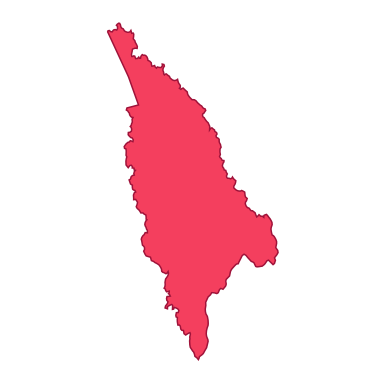 Colinas do Sul, Goiás, Brazil (Equal Earth projection), rotated 181°
{"feature_id": "56859067B84500730879893", "entity_name": "Colinas do Sul", "entity_type": "district", "adm_level": 2, "iso_a3": "BRA", "parent_name": "Brazil", "parent_adm1": "Goiás", "projection": "equal_earth", "projection_center": [-48.067, -13.991], "detail": "fine", "context": "isolated", "style": "filled", "palette": "rose", "viewbox_px": 384, "rotation_deg": 181, "n_neighbors": 0, "source": "geoboundaries", "source_scale": "gbopen_adm2", "svg_char_len": 5840}
<svg xmlns="http://www.w3.org/2000/svg" viewBox="0 0 384 384"><g transform="rotate(181 192 192)"><path d="M258.5,274.9L259.1,272.8L257.6,271.9L256.9,270.7L256.0,269.7L255.7,268.1L254.6,266.4L253.6,265.7L252.3,265.5L253.2,263.7L252.9,260.8L253.6,259.2L253.9,257.7L254.9,256.4L254.0,255.6L253.4,253.8L253.7,251.7L255.0,250.7L256.7,250.4L256.8,248.1L255.6,246.7L254.1,245.3L253.0,245.2L252.3,244.2L251.6,243.2L252.0,241.3L253.3,241.9L254.6,242.2L255.4,241.0L257.0,240.5L258.8,238.9L260.6,236.2L260.2,234.4L258.9,234.1L258.5,232.2L258.5,229.3L258.6,227.6L257.8,226.0L258.3,224.0L258.6,221.7L258.4,217.9L256.2,215.2L254.6,217.4L253.2,217.7L252.0,216.3L252.2,215.0L250.4,214.8L250.2,213.0L249.0,212.7L250.0,211.4L250.5,209.3L250.0,207.9L251.9,207.4L253.1,206.2L253.8,203.7L255.1,203.0L253.6,198.9L251.7,197.7L251.8,196.0L251.4,193.8L250.5,193.0L249.1,192.6L248.3,191.0L249.5,190.5L250.5,187.9L250.2,184.6L250.2,183.3L248.2,183.6L246.3,180.9L246.6,178.8L247.5,176.3L246.5,174.6L244.7,173.1L243.6,171.6L242.8,170.2L240.7,170.2L239.4,169.0L237.7,168.2L237.4,165.9L237.4,164.0L236.6,163.4L237.6,162.3L238.3,160.6L238.6,158.8L238.2,157.3L237.3,155.8L236.8,154.0L236.0,153.0L235.9,150.4L238.1,150.6L239.1,148.5L240.2,147.6L241.4,145.7L241.9,143.9L241.4,142.2L240.6,138.0L239.5,137.1L238.6,135.9L238.4,133.8L239.3,132.0L238.7,130.7L237.8,128.9L236.7,127.3L235.1,126.8L232.4,126.1L231.4,122.7L229.2,121.9L227.8,120.8L226.1,120.0L223.9,118.7L222.5,116.9L221.2,114.5L220.9,112.2L219.8,111.2L218.4,110.8L216.6,109.8L215.5,110.5L214.5,112.1L214.1,110.6L214.3,109.2L214.8,107.6L216.9,104.5L217.4,101.2L217.2,99.0L217.4,97.0L218.2,95.3L216.9,94.4L216.6,92.9L215.5,91.7L213.0,92.5L213.0,91.1L213.8,89.9L212.8,89.3L211.9,87.5L215.2,87.0L215.6,85.1L215.3,83.3L214.1,81.8L214.6,80.2L216.5,77.5L216.9,75.6L214.5,74.8L214.4,77.1L211.9,78.5L210.3,79.2L209.4,78.2L209.5,74.3L208.3,74.6L207.8,76.3L206.0,75.8L204.3,75.0L203.1,73.4L203.6,71.3L205.5,71.1L206.0,68.5L205.7,66.8L204.4,66.3L204.5,63.9L204.4,62.0L203.8,58.7L202.2,58.7L201.4,57.7L200.8,54.7L199.7,53.5L198.1,53.4L197.5,50.2L195.8,48.9L193.1,50.7L191.6,51.3L191.1,50.1L191.7,46.9L191.5,45.2L191.8,43.1L191.5,39.2L191.0,36.6L188.6,33.1L187.5,31.9L186.7,29.8L186.2,27.7L184.2,26.3L182.7,24.5L182.0,26.1L181.7,27.5L179.1,29.5L177.9,30.7L176.4,33.6L174.7,36.6L173.3,42.9L173.5,44.5L174.9,47.9L175.3,50.5L175.1,53.6L174.5,56.3L173.6,59.0L173.5,61.0L173.7,64.0L174.2,66.6L174.5,67.9L176.0,70.5L176.5,72.7L176.7,75.2L176.2,78.8L176.4,82.0L174.1,87.3L171.7,89.6L170.6,91.7L168.0,91.6L165.4,90.9L164.0,91.8L162.8,94.9L161.5,96.1L159.3,95.3L157.3,97.8L156.6,98.8L156.2,100.6L156.7,103.6L156.2,105.3L153.0,108.7L152.2,112.9L151.8,114.1L150.7,115.9L149.5,117.3L148.2,118.8L147.1,120.0L146.1,120.8L144.5,121.1L144.1,122.3L140.7,129.3L138.9,130.7L136.9,129.6L135.0,127.3L131.6,123.7L129.8,123.0L128.8,122.3L127.0,118.7L125.7,118.3L123.9,118.5L120.5,119.1L118.4,120.8L117.6,121.8L115.8,124.6L114.3,125.2L109.7,120.8L108.3,122.0L107.4,125.2L108.4,127.6L106.1,130.7L104.9,132.9L105.3,135.1L106.4,136.6L107.3,138.0L106.8,140.4L106.5,142.2L106.6,144.1L107.2,145.7L107.8,146.9L108.9,148.7L109.9,149.8L111.1,150.4L111.7,152.4L112.2,154.9L112.4,156.4L112.1,158.2L111.3,160.7L111.5,162.9L112.2,164.4L113.5,166.6L114.7,168.0L115.9,169.6L117.1,170.9L118.4,170.5L119.7,169.8L119.8,167.9L121.2,169.0L122.9,169.0L124.6,170.5L125.4,169.5L126.8,168.2L127.7,170.0L128.6,172.4L130.1,173.5L131.2,174.3L132.5,174.3L133.4,175.2L134.1,176.2L134.9,177.0L136.3,177.3L137.8,179.2L138.5,181.2L138.3,182.9L137.4,184.1L136.7,186.5L138.4,187.9L138.9,189.5L139.3,192.8L140.6,193.6L142.4,194.4L143.4,193.8L145.2,193.8L146.4,194.1L147.5,194.5L148.8,195.5L150.3,196.9L150.3,198.5L149.6,199.8L149.0,200.9L148.6,202.4L148.4,204.1L150.0,205.3L150.9,206.3L151.8,207.7L152.4,206.5L153.7,205.9L155.3,206.4L156.6,206.3L157.5,207.1L157.8,208.7L157.0,210.7L158.1,212.4L158.6,214.2L160.2,214.6L160.7,216.3L161.5,217.1L162.1,218.7L161.6,221.0L160.6,222.7L160.6,224.0L162.4,224.2L163.4,226.0L164.5,226.9L165.1,228.1L164.3,229.9L164.8,232.6L164.7,235.5L163.7,237.3L164.1,238.6L164.4,240.1L165.3,241.5L165.7,242.9L165.8,245.2L166.9,246.3L168.5,247.0L169.0,248.7L168.0,250.4L168.5,251.9L170.2,252.9L170.6,254.5L171.7,255.2L173.2,256.5L174.4,256.1L175.5,254.4L175.4,257.9L176.4,260.0L177.0,261.4L178.6,262.9L180.2,265.0L181.1,266.5L182.3,267.3L182.8,268.6L182.7,270.2L181.4,271.1L180.6,272.5L179.7,273.8L180.4,275.4L181.9,275.8L182.8,276.7L183.9,278.2L185.3,279.0L186.3,279.9L187.4,280.8L188.8,282.3L189.6,283.3L191.3,284.3L193.6,284.3L196.1,286.8L197.5,288.7L198.1,289.9L198.5,292.0L200.6,293.8L202.7,295.8L203.9,295.3L204.9,294.4L206.4,295.5L205.6,296.4L205.5,297.9L206.0,299.0L207.1,300.3L207.9,302.3L208.4,304.4L209.6,303.5L211.7,303.1L213.5,303.7L215.8,305.5L216.6,307.3L217.9,308.1L218.8,308.8L219.7,309.6L220.8,309.4L221.7,308.6L222.4,309.7L222.4,311.1L223.2,313.1L223.1,314.8L222.5,316.3L221.8,317.4L222.3,319.0L224.0,319.4L223.9,317.4L225.2,315.9L227.1,316.0L228.8,316.4L229.7,315.2L231.0,316.3L231.6,317.8L233.0,317.3L234.3,317.1L234.8,318.9L235.0,320.5L236.6,322.1L238.3,322.8L238.6,324.3L239.3,326.1L240.6,327.6L241.7,328.0L243.0,327.9L244.1,328.5L245.0,327.5L245.6,326.2L245.8,324.8L246.9,324.8L247.6,326.0L248.8,324.6L250.7,324.4L251.6,326.8L252.6,327.1L253.5,326.5L254.6,326.5L254.9,328.6L254.3,331.6L254.0,333.8L252.5,334.4L251.4,334.8L249.4,334.6L249.2,336.6L250.1,338.6L251.3,340.6L251.8,342.3L253.4,344.1L253.1,346.4L253.0,348.8L253.6,349.9L255.0,349.6L255.9,352.5L256.9,351.0L258.2,350.6L259.6,350.6L260.7,351.0L262.3,351.8L263.6,353.9L265.4,354.8L266.1,356.2L266.5,358.0L267.3,359.4L268.3,359.5L269.6,358.5L270.5,357.4L269.4,356.3L269.3,354.0L270.1,352.6L271.7,353.1L273.3,352.6L274.7,350.7L276.4,351.0L277.3,352.0L278.7,351.8L279.1,350.6L258.0,307.1L257.3,305.5L247.0,278.1L258.5,274.9Z" fill="#f43f5e" stroke="#9f1239" stroke-width="1.5"/></g></svg>